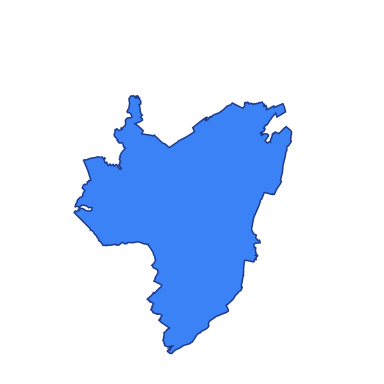 Beresti-Tazlau, Bacau, Romania, rotated 317°
{"feature_id": "2599482B13595150483809", "entity_name": "Beresti-Tazlau", "entity_type": "district", "adm_level": 2, "iso_a3": "ROU", "parent_name": "Romania", "parent_adm1": "Bacau", "projection": "natural_earth1", "projection_center": [26.669, 46.487], "detail": "fine", "context": "isolated", "style": "filled", "palette": "blue", "viewbox_px": 384, "rotation_deg": 317, "n_neighbors": 0, "source": "geoboundaries", "source_scale": "gbopen_adm2", "svg_char_len": 6005}
<svg xmlns="http://www.w3.org/2000/svg" viewBox="0 0 384 384"><g transform="rotate(317 192 192)"><path d="M160.5,297.4L163.2,296.3L163.1,295.7L163.8,295.8L164.6,293.4L166.1,292.9L171.1,289.0L172.8,288.2L173.0,288.0L172.7,287.8L175.5,285.5L176.3,284.3L182.4,278.9L184.4,278.0L189.3,285.1L190.2,285.1L192.3,284.0L192.5,284.7L193.1,284.2L193.2,284.6L193.4,284.2L195.3,283.5L196.5,283.5L196.7,283.2L195.6,282.0L196.0,282.1L196.3,281.4L196.7,281.6L197.0,281.3L196.7,281.0L196.9,280.4L199.5,277.0L200.5,276.5L200.7,275.9L199.7,275.2L201.5,272.6L202.2,272.4L203.7,272.9L207.3,275.7L208.5,273.2L207.0,272.5L207.4,271.1L207.3,269.5L207.6,268.6L209.6,267.5L208.6,264.6L209.9,260.0L219.7,252.8L232.4,247.3L237.2,244.4L238.2,244.7L244.6,241.6L249.1,248.7L249.6,248.4L250.6,249.9L255.8,247.7L262.6,246.1L264.6,245.3L264.9,243.6L271.8,239.1L276.5,234.8L284.9,229.3L287.2,227.3L290.3,225.9L291.2,224.5L292.9,223.4L294.1,224.1L299.3,222.7L300.0,220.5L301.5,219.9L302.3,218.6L304.4,217.5L306.0,215.5L306.1,214.1L305.4,208.3L304.2,208.6L303.7,208.2L295.5,208.5L295.3,207.9L294.8,207.7L294.0,205.1L293.4,204.7L292.2,205.4L291.8,204.5L291.5,204.4L291.3,204.9L290.0,204.5L289.5,205.5L288.4,205.7L287.7,206.5L285.5,207.0L284.6,208.1L283.7,208.2L283.4,208.8L283.2,208.0L280.4,207.6L280.4,204.3L286.3,203.2L286.7,202.6L286.6,200.8L284.2,198.4L281.3,198.3L281.3,197.7L283.9,197.3L283.2,197.2L282.7,196.0L282.2,195.7L283.1,195.4L283.9,196.5L284.2,196.0L285.3,196.1L285.8,196.7L288.2,195.9L288.7,195.1L288.6,194.6L288.0,194.2L288.7,193.8L289.5,193.9L291.6,193.2L292.3,194.1L302.3,191.8L307.0,191.5L305.2,195.1L315.1,197.2L317.2,193.5L318.7,189.4L309.8,186.1L310.5,184.8L302.9,182.9L302.8,181.9L304.1,181.5L304.6,180.6L304.4,180.0L305.0,179.6L304.9,179.2L303.3,178.7L303.4,178.3L303.1,177.8L304.4,177.8L304.8,177.4L304.2,176.4L304.7,174.1L302.7,173.2L302.3,172.4L300.2,172.2L299.7,171.2L298.2,170.8L297.9,169.9L296.2,169.5L296.3,168.3L295.5,167.1L294.1,166.9L293.7,166.3L293.8,165.1L294.2,165.1L293.9,164.1L292.3,163.9L292.1,162.8L291.8,162.7L291.1,162.8L289.0,165.1L286.2,165.3L282.2,154.4L279.6,154.6L276.4,153.1L270.9,153.2L265.7,152.5L261.1,150.6L258.6,150.1L256.9,150.3L257.2,149.7L255.9,149.1L253.1,150.0L250.6,149.1L250.9,147.9L252.5,148.3L253.9,148.0L253.9,147.5L252.4,146.8L251.8,147.0L250.1,146.5L236.4,145.4L235.0,149.6L226.0,148.0L216.8,145.4L215.9,145.6L205.6,144.0L205.2,138.9L203.8,135.7L203.2,124.6L201.9,124.7L200.9,122.8L195.0,115.3L198.2,113.8L197.6,106.5L196.8,103.2L202.2,105.3L204.9,105.6L205.6,104.7L205.3,102.3L208.1,101.9L207.8,100.6L209.3,97.7L212.5,93.2L212.8,91.8L214.6,92.7L216.4,90.8L216.8,88.3L217.6,87.8L216.7,87.0L216.6,86.1L216.7,85.8L217.8,85.9L217.8,85.6L217.0,85.5L217.7,84.6L217.6,84.2L216.3,84.0L216.1,84.4L216.0,83.9L215.6,84.2L215.4,85.1L214.7,84.8L215.2,83.1L215.0,81.8L213.4,81.2L213.4,80.5L212.7,80.1L209.3,80.9L207.0,84.4L203.9,87.0L202.6,87.8L201.0,88.1L199.2,89.0L199.1,90.0L200.4,91.3L200.4,94.0L199.8,94.7L199.7,95.7L199.3,96.0L197.9,95.9L195.5,93.9L193.2,93.8L192.0,94.3L190.4,96.4L188.8,97.7L184.8,97.7L184.0,96.9L183.6,96.9L183.7,98.5L183.4,98.7L180.2,96.8L180.3,94.8L180.0,94.4L177.9,94.1L176.5,95.8L174.3,96.8L173.4,98.0L173.3,102.7L173.2,103.2L172.4,103.2L172.5,104.6L172.0,105.9L172.8,107.2L174.5,108.3L174.0,110.5L172.7,112.2L173.2,114.4L167.1,115.2L163.5,116.7L163.2,117.9L161.8,117.9L161.1,118.9L160.6,120.8L159.5,121.0L158.7,122.1L156.8,122.0L156.5,126.5L154.8,126.5L155.3,120.1L152.8,120.0L153.2,118.1L150.9,117.6L151.1,115.6L148.7,115.5L149.9,112.0L148.3,111.5L149.7,108.1L151.2,108.4L151.5,107.5L150.5,107.4L149.7,106.7L150.3,105.4L148.0,103.3L147.1,101.9L145.6,101.4L140.7,98.1L136.0,96.1L135.7,95.3L134.3,94.8L130.5,105.2L126.0,114.4L124.9,114.0L124.7,113.4L124.2,113.3L123.7,113.9L122.4,113.2L121.1,114.6L119.0,113.8L118.8,113.1L117.3,112.9L114.4,114.2L114.8,117.8L111.5,118.6L109.4,120.0L109.3,120.5L107.2,120.2L106.7,119.6L103.1,119.7L102.0,120.1L100.8,121.3L99.0,121.4L96.5,123.0L96.5,123.4L97.6,123.6L98.4,124.2L98.7,125.1L99.3,125.7L98.8,126.2L99.0,126.5L100.5,126.7L102.0,126.2L104.5,128.8L105.5,130.8L105.8,133.2L107.4,134.1L108.1,135.2L106.2,137.1L105.3,136.4L104.3,136.3L102.6,134.6L101.4,132.3L101.2,130.3L99.9,128.4L98.9,128.3L97.1,127.0L96.5,127.5L96.7,128.4L95.0,128.1L93.7,126.2L91.8,126.7L92.5,148.9L91.7,150.9L92.4,151.7L92.8,153.5L92.1,155.8L92.3,159.5L91.6,160.7L91.5,162.9L90.7,163.8L91.2,166.6L90.5,170.5L91.8,171.4L92.9,173.0L93.8,173.0L93.9,173.4L97.2,176.1L100.5,178.0L100.3,179.0L102.1,180.9L105.8,181.2L107.2,181.8L107.3,183.9L108.3,184.5L108.5,184.9L109.3,185.3L110.8,185.2L114.0,188.7L118.1,191.2L120.0,193.7L120.4,195.1L121.7,197.4L124.3,200.5L123.6,201.0L123.6,202.7L122.4,209.7L121.5,210.9L120.7,213.8L119.5,215.4L119.0,216.9L116.3,218.0L112.5,218.3L112.9,219.5L112.0,220.6L113.8,225.7L113.3,226.0L112.0,228.0L106.2,229.7L105.6,230.7L103.3,231.2L106.4,239.0L105.9,239.6L104.1,240.4L103.3,240.1L99.5,240.1L96.2,240.6L95.5,239.3L95.0,239.3L94.6,239.4L94.8,240.2L92.4,239.8L90.4,240.1L89.4,239.8L88.6,240.1L87.1,239.7L86.4,239.7L86.0,240.2L86.5,240.4L86.3,243.9L87.0,243.8L87.7,247.5L85.6,248.1L84.5,248.9L84.1,248.7L84.0,249.6L81.9,249.8L81.6,250.3L81.9,253.0L81.2,253.5L83.0,257.4L83.5,257.1L84.1,258.5L85.1,259.1L85.9,261.9L82.8,262.5L82.6,263.5L81.8,263.5L81.8,263.0L80.4,263.1L80.6,266.6L82.8,276.2L81.7,276.3L80.9,275.7L79.7,275.5L78.9,276.0L75.4,275.8L74.6,277.2L69.3,281.1L69.1,283.1L68.7,283.8L68.1,283.9L68.2,284.5L67.3,285.9L67.8,286.4L68.6,288.9L73.1,291.4L72.5,291.7L72.0,291.2L71.3,291.4L69.5,290.8L69.7,292.0L68.3,291.7L67.9,291.1L67.8,292.3L67.1,291.6L65.9,291.3L65.3,291.9L65.8,294.1L65.6,294.6L67.1,296.4L69.7,296.1L72.5,296.4L77.4,297.9L81.3,298.5L86.5,301.2L90.1,301.9L98.2,299.8L100.3,299.9L102.0,300.6L104.0,300.4L109.5,301.9L112.2,301.8L113.4,301.0L114.0,299.6L114.8,299.0L117.3,298.4L123.2,299.4L124.2,299.3L133.1,302.7L133.8,303.2L137.0,303.9L137.6,303.7L138.2,302.8L139.8,298.1L141.9,298.5L149.2,298.5L153.0,297.3L157.0,297.2L158.6,296.8L160.5,297.4Z" fill="#3b82f6" stroke="#1e3a8a" stroke-width="1.5"/></g></svg>